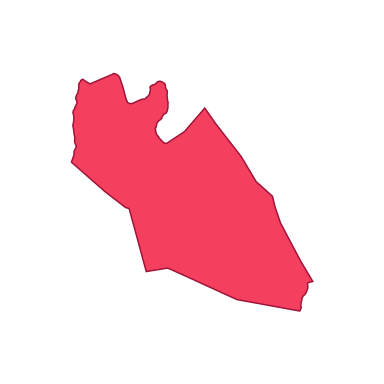 the district of Santa Catarina Cuixtla, Oaxaca, Mexico, rotated 112°
{"feature_id": "50627088B38419183941255", "entity_name": "Santa Catarina Cuixtla", "entity_type": "district", "adm_level": 2, "iso_a3": "MEX", "parent_name": "Mexico", "parent_adm1": "Oaxaca", "projection": "equal_earth", "projection_center": [-96.661, 16.296], "detail": "fine", "context": "isolated", "style": "filled", "palette": "rose", "viewbox_px": 384, "rotation_deg": 112, "n_neighbors": 0, "source": "geoboundaries", "source_scale": "gbopen_adm2", "svg_char_len": 2278}
<svg xmlns="http://www.w3.org/2000/svg" viewBox="0 0 384 384"><g transform="rotate(112 192 192)"><path d="M109.4,211.6L138.8,221.6L156.4,233.7L157.0,235.5L156.3,238.4L155.2,240.4L154.4,242.8L153.5,243.3L152.7,244.7L152.7,245.1L151.1,247.3L150.7,247.3L150.2,247.5L149.8,248.3L148.8,248.6L147.8,249.2L147.4,249.4L147.1,249.6L146.5,249.8L145.3,249.7L144.1,249.8L142.3,250.1L141.1,250.2L140.7,250.2L138.8,249.7L137.0,248.5L136.0,248.1L134.8,247.6L133.6,248.0L132.8,247.8L131.5,247.5L130.3,247.1L129.3,246.3L128.4,245.5L127.0,245.3L125.0,245.5L123.3,245.8L122.0,246.2L120.4,246.9L119.3,247.4L118.2,247.5L117.1,248.4L116.2,249.1L115.1,249.5L113.3,250.5L111.9,251.3L110.6,251.7L108.7,252.3L107.2,253.1L106.2,254.8L105.2,255.5L103.9,256.3L103.0,256.7L102.2,257.3L101.7,258.3L101.4,259.4L101.1,261.3L101.2,263.1L101.7,264.0L102.9,265.4L104.3,265.9L105.9,266.5L106.9,267.8L107.7,268.8L109.1,269.9L110.3,270.3L111.2,269.9L112.2,269.0L113.3,268.7L114.9,268.6L115.9,268.4L116.8,268.2L118.1,268.0L120.8,269.4L123.6,270.6L124.5,272.8L125.9,274.4L127.9,276.4L132.3,280.5L133.2,282.3L133.3,285.1L130.2,288.2L120.8,295.2L115.8,299.5L112.6,302.2L111.6,304.2L111.2,306.3L111.5,309.1L112.9,310.1L129.9,327.0L129.2,332.3L128.7,334.2L128.4,335.4L129.5,336.5L130.3,336.9L131.4,336.9L132.6,337.2L133.8,337.5L134.8,337.2L135.9,336.8L137.0,336.3L138.8,335.6L140.7,335.5L141.8,335.3L142.7,334.8L144.9,335.3L147.7,335.3L149.4,334.4L150.0,333.8L150.9,333.0L152.3,331.9L155.1,332.1L156.9,332.3L158.6,331.9L160.4,332.5L161.8,332.4L163.3,332.0L165.3,330.4L166.0,330.0L168.1,329.1L169.4,328.6L171.8,328.0L173.4,327.7L175.4,327.2L177.6,325.7L179.4,324.7L181.3,323.7L183.5,322.3L185.3,321.1L186.8,320.7L187.9,320.1L189.4,319.7L191.6,317.8L192.9,316.4L195.2,316.2L197.3,316.6L199.2,316.4L201.4,315.3L209.5,315.0L224.2,273.0L231.3,247.8L230.9,244.1L255.5,225.4L282.9,204.6L276.4,193.9L272.5,187.5L271.7,186.2L271.7,182.3L272.0,176.5L272.4,166.4L272.8,156.4L273.4,144.2L274.4,121.8L274.9,109.9L262.0,47.5L258.4,47.3L257.5,48.0L254.9,49.1L252.4,49.5L249.4,50.1L247.1,50.1L245.2,49.1L243.0,48.5L239.8,48.5L237.1,48.8L235.6,49.5L233.6,50.7L232.4,50.2L229.7,46.5L215.0,65.8L187.6,98.3L174.5,109.6L165.8,115.8L158.3,136.5L140.8,159.5L120.0,195.3L109.4,211.6Z" fill="#f43f5e" stroke="#9f1239" stroke-width="1.5"/></g></svg>